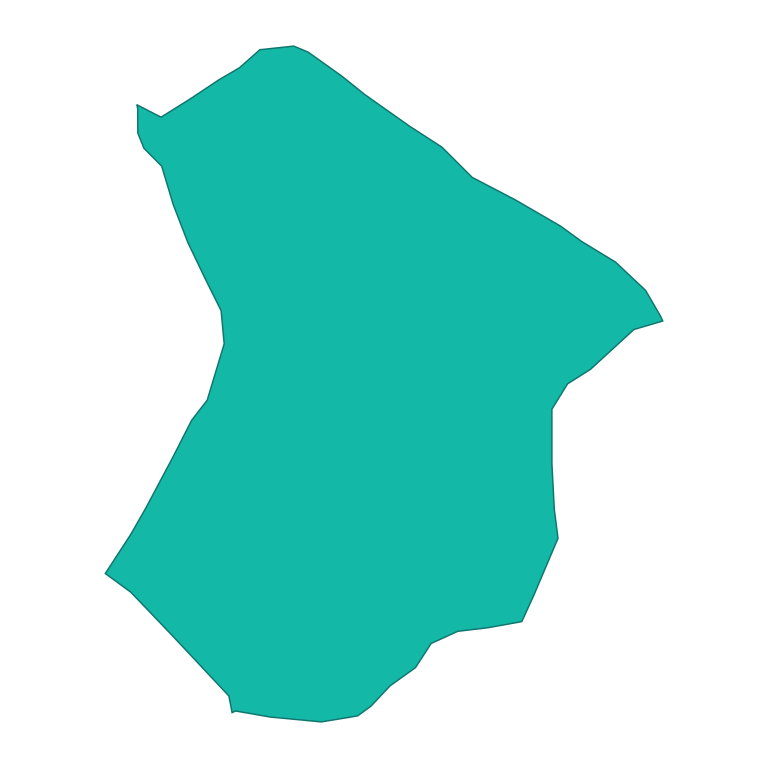 Solna, Stockholm, Sweden
{"feature_id": "70781695B78362616734409", "entity_name": "Solna", "entity_type": "district", "adm_level": 2, "iso_a3": "SWE", "parent_name": "Sweden", "parent_adm1": "Stockholm", "projection": "orthographic", "projection_center": [18.004, 59.371], "detail": "fine", "context": "isolated", "style": "filled", "palette": "teal", "viewbox_px": 768, "rotation_deg": 0, "n_neighbors": 0, "source": "geoboundaries", "source_scale": "gbopen_adm2", "svg_char_len": 855}
<svg xmlns="http://www.w3.org/2000/svg" viewBox="0 0 768 768"><path d="M662.7,321.0L661.0,317.0L645.6,290.4L615.5,262.1L581.5,241.4L560.8,226.3L515.5,200.0L472.2,177.4L442.0,147.2L410.0,126.5L364.7,94.5L341.9,76.2L308.1,52.1L293.7,46.1L287.4,46.8L259.9,49.7L239.4,67.8L218.9,79.8L189.9,99.1L161.0,117.2L137.2,104.9L136.9,105.1L137.7,108.6L137.8,133.0L144.0,148.4L161.7,166.2L173.3,204.8L187.9,242.6L204.9,278.1L221.1,310.6L224.2,343.8L207.2,400.2L191.7,420.2L172.4,458.1L146.1,507.5L130.7,534.5L105.3,573.5L130.8,592.2L172.3,635.6L228.9,696.0L232.1,712.6L235.6,711.0L270.6,717.1L321.3,721.9L357.6,715.9L370.9,706.2L390.2,685.7L415.5,667.6L431.2,643.4L457.8,631.3L488.0,627.7L521.8,621.6L533.9,595.1L558.0,538.3L554.3,509.3L551.9,463.5L551.9,409.2L567.6,383.8L590.5,369.3L633.9,329.5L662.7,321.0Z" fill="#14b8a6" stroke="#0f766e" stroke-width="1.5"/></svg>